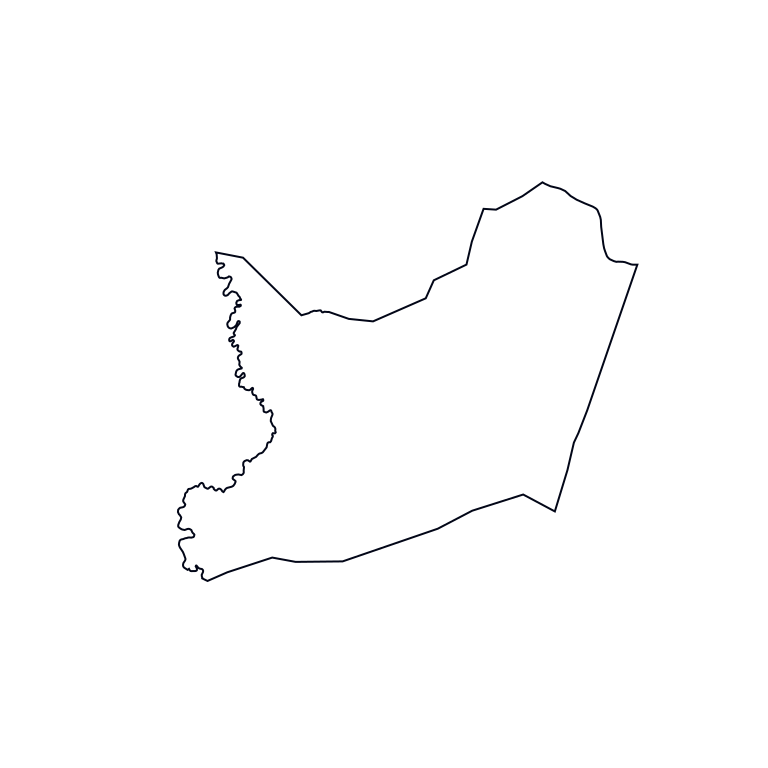 outline of Orxon, Selenge, Mongolia, rotated 304°
{"feature_id": "93677404B79520329035093", "entity_name": "Orxon", "entity_type": "district", "adm_level": 2, "iso_a3": "MNG", "parent_name": "Mongolia", "parent_adm1": "Selenge", "projection": "robinson", "projection_center": [105.368, 49.049], "detail": "fine", "context": "isolated", "style": "outline", "palette": "ink", "viewbox_px": 768, "rotation_deg": 304, "n_neighbors": 0, "source": "geoboundaries", "source_scale": "gbopen_adm2", "svg_char_len": 6166}
<svg xmlns="http://www.w3.org/2000/svg" viewBox="0 0 768 768"><g transform="rotate(304 384 384)"><path d="M120.1,325.1L121.7,325.7L121.0,327.0L120.8,328.1L121.2,329.0L123.6,332.4L124.4,332.9L124.9,333.0L126.0,332.4L126.8,331.4L127.5,329.9L128.2,329.7L128.5,329.8L128.6,330.1L127.8,332.8L127.8,333.7L128.0,334.8L128.5,335.8L128.8,336.8L128.5,337.9L127.9,338.6L126.9,339.1L123.8,339.6L122.3,340.9L121.9,341.7L121.2,342.0L122.0,347.8L140.3,359.4L177.6,388.4L187.1,410.2L213.8,448.9L294.1,509.5L328.3,528.0L370.2,561.2L373.9,596.9L415.3,584.2L441.6,574.2L452.0,572.6L475.8,567.2L624.6,527.3L622.0,523.4L621.3,521.9L619.8,515.8L618.8,513.6L616.2,509.5L615.2,508.3L614.4,505.8L613.7,501.4L613.9,499.9L614.3,498.2L614.8,497.1L617.8,492.9L619.6,490.6L622.5,487.7L635.7,476.2L641.3,472.0L643.4,469.8L647.1,464.4L647.7,463.2L648.0,461.2L647.8,457.9L646.0,449.3L644.5,440.6L644.4,437.4L644.2,433.6L645.3,426.3L645.0,424.4L644.5,421.1L643.7,418.6L641.0,411.4L640.0,405.6L639.8,402.6L617.1,393.7L591.2,379.4L584.9,368.6L551.2,377.2L529.1,385.6L497.8,367.3L478.4,370.7L429.8,339.9L418.3,318.4L412.9,298.0L412.3,297.2L410.6,294.2L409.2,293.3L408.9,292.5L409.6,290.3L409.0,289.4L406.7,287.1L405.8,285.4L405.1,284.6L404.0,284.0L402.6,282.8L401.8,282.6L400.6,282.0L394.8,277.1L409.9,196.5L399.1,171.1L398.0,172.7L395.2,174.9L394.4,175.4L393.0,175.8L392.1,176.3L390.8,178.3L390.8,178.7L390.9,179.1L393.2,181.8L393.4,182.7L394.0,183.5L393.6,184.6L393.2,185.1L391.7,185.2L390.8,184.9L389.8,184.4L387.5,182.9L386.0,182.9L383.4,183.9L382.1,185.0L380.6,187.0L380.2,187.8L380.2,188.6L381.1,189.7L382.2,192.5L384.2,194.2L385.3,194.9L386.5,195.3L387.0,196.9L386.7,197.8L386.2,198.6L385.4,199.1L384.6,199.2L380.4,199.6L377.1,200.5L375.6,200.3L373.0,199.4L371.0,199.5L369.7,200.0L368.6,200.9L368.3,201.7L368.3,202.7L368.7,203.5L369.5,204.2L370.7,204.8L372.7,205.0L375.1,205.8L375.7,206.1L376.1,206.8L377.2,210.6L376.9,211.6L375.7,214.1L375.5,215.5L374.6,216.9L374.1,218.2L373.9,218.4L373.6,218.4L372.4,216.9L370.9,215.9L370.3,215.8L368.6,216.2L367.5,217.4L367.4,217.9L368.0,219.1L369.5,220.7L369.4,221.1L369.0,221.4L368.5,221.5L367.3,220.9L365.7,218.6L365.0,218.1L364.0,217.7L363.0,217.9L361.6,219.7L360.5,220.3L359.7,220.2L357.6,218.5L356.5,218.3L355.1,218.5L353.1,219.2L351.3,220.4L350.3,220.4L347.8,220.1L346.8,220.2L345.7,220.8L344.4,222.3L344.0,223.4L343.9,224.4L344.2,225.6L344.7,226.4L347.3,228.0L350.2,228.6L353.7,227.8L354.4,227.9L354.8,228.2L355.1,229.1L354.9,229.6L353.8,230.3L348.8,230.0L346.6,230.6L342.4,230.8L342.0,231.0L341.6,231.5L341.1,233.1L340.6,233.2L339.3,232.9L337.5,231.4L335.8,230.5L334.7,230.6L334.1,230.9L333.4,231.5L333.2,232.0L333.3,232.5L333.8,233.1L334.6,233.3L336.1,234.0L336.1,234.8L335.7,235.6L335.3,235.8L333.1,235.7L332.1,235.8L331.3,236.3L330.9,236.9L330.8,238.4L331.3,238.9L334.1,240.5L334.4,240.9L334.4,241.2L334.3,241.7L333.4,242.2L331.0,242.9L330.5,243.4L330.2,244.1L330.1,245.6L330.2,246.2L330.6,246.7L330.9,247.6L330.3,248.4L329.9,248.7L329.3,249.0L328.8,248.9L326.8,248.0L325.7,247.8L324.7,247.9L324.0,248.2L323.3,248.8L322.0,251.4L321.6,251.9L319.0,253.3L318.1,255.2L318.0,256.6L317.8,257.1L317.6,257.1L317.2,257.2L314.7,255.0L313.5,254.5L312.6,254.4L311.4,254.6L308.7,255.7L308.1,256.4L308.0,258.6L308.4,259.5L309.1,260.2L310.3,260.6L313.9,260.9L314.4,261.2L314.6,261.6L314.5,262.2L314.0,263.0L312.9,264.0L312.5,264.2L311.4,264.1L310.7,263.8L309.1,262.6L307.6,262.1L305.6,262.7L304.6,263.3L303.4,263.6L302.2,264.3L301.5,264.8L301.2,265.4L301.2,266.1L302.1,267.4L302.4,268.5L303.0,269.5L302.1,270.9L302.0,272.3L302.3,273.5L303.2,275.3L303.8,276.0L304.5,276.3L306.7,276.8L307.2,277.1L307.3,277.5L307.1,277.9L306.6,278.3L304.6,278.6L303.6,279.2L302.8,280.1L302.1,281.2L302.0,281.9L302.6,283.5L302.7,284.3L302.4,284.9L300.7,286.6L300.3,287.2L300.3,287.9L300.8,289.2L302.8,291.4L303.5,291.9L303.7,292.3L303.1,293.0L302.5,293.2L300.3,292.1L299.8,292.1L299.1,292.2L298.2,292.8L297.8,294.0L298.1,296.2L297.1,297.1L296.7,297.6L294.2,299.4L293.9,300.0L294.3,301.7L294.6,302.4L296.4,303.5L298.2,304.1L298.8,304.6L298.9,305.1L298.6,305.7L297.8,306.6L297.2,308.0L296.7,308.4L296.2,308.7L292.8,309.4L291.2,310.1L289.9,310.9L287.3,315.2L287.2,315.9L287.2,317.0L286.8,318.1L286.0,319.1L284.2,320.1L283.7,320.9L283.3,321.3L282.2,321.2L281.7,320.6L281.1,319.4L280.4,319.3L279.5,319.6L279.1,320.0L279.0,320.6L278.6,321.0L277.8,321.3L276.4,321.4L273.6,322.3L272.1,322.2L271.1,320.9L270.2,320.5L269.1,320.7L265.8,322.1L259.7,321.7L258.9,321.4L257.9,320.8L257.0,319.9L256.2,319.4L254.7,319.0L252.1,318.7L247.9,316.4L245.2,316.6L244.7,316.3L244.7,313.9L244.0,312.7L242.1,311.5L241.0,311.3L240.1,311.4L238.0,312.6L237.3,313.4L237.0,314.2L236.5,314.6L233.7,316.1L232.4,317.1L231.7,317.4L230.3,317.4L228.8,316.8L227.6,313.9L226.4,312.5L225.4,311.5L223.1,310.6L222.3,310.7L221.0,311.4L220.7,312.1L220.6,314.4L220.4,315.3L219.7,315.7L217.6,316.1L215.3,316.0L213.7,315.2L210.1,312.0L208.9,311.5L207.4,311.3L205.3,311.5L204.6,311.3L204.6,309.9L205.1,308.9L205.4,307.9L205.4,306.6L205.1,305.9L204.5,305.3L202.1,304.7L201.7,304.2L201.5,303.5L201.8,301.6L202.6,300.9L202.8,299.0L202.5,298.3L201.9,297.7L199.1,296.8L198.7,296.5L198.4,296.0L198.1,293.3L198.2,292.6L200.1,290.0L200.3,288.9L200.1,288.2L199.5,287.7L198.4,287.3L197.6,287.2L195.0,287.3L194.7,287.1L194.5,286.5L194.4,285.3L193.9,284.8L193.1,284.3L192.3,284.1L189.8,282.8L189.0,282.2L187.7,280.7L186.8,280.5L184.5,281.1L182.5,280.5L181.4,280.7L179.7,281.7L176.0,282.3L174.7,282.9L174.1,283.8L173.1,286.5L171.8,287.0L170.1,286.7L169.2,286.0L167.4,284.2L166.1,283.8L164.6,283.7L162.6,284.8L162.0,285.8L161.3,286.9L161.3,287.7L160.4,289.8L160.0,290.5L158.0,291.3L155.1,291.5L152.2,292.2L151.3,292.7L150.7,293.2L150.4,294.2L150.3,296.3L150.5,298.0L151.5,300.4L153.9,302.1L154.8,303.2L155.1,304.1L155.2,305.9L153.9,307.9L153.5,309.1L153.4,310.2L153.0,311.1L151.3,311.7L150.5,311.6L148.9,310.2L148.0,308.6L147.2,307.5L146.0,306.6L145.0,305.5L143.1,304.2L141.8,302.9L140.9,302.4L139.7,302.3L137.9,302.9L136.3,303.7L135.4,304.6L134.3,306.3L132.3,311.2L131.0,313.2L128.2,317.0L127.5,317.5L126.4,317.8L123.5,317.8L122.1,318.3L120.9,319.1L120.3,320.0L120.0,321.1L120.1,325.1Z" fill="none" stroke="#020617" stroke-width="2"/></g></svg>